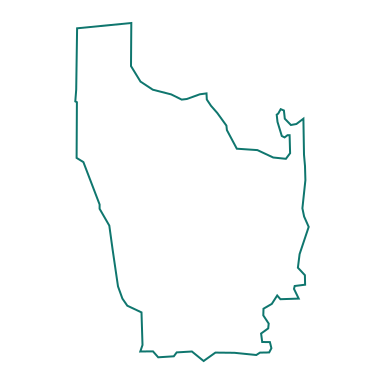 outline of Ouallam, Tillabéri, Niger
{"feature_id": "23599985B18642698649368", "entity_name": "Ouallam", "entity_type": "district", "adm_level": 2, "iso_a3": "NER", "parent_name": "Niger", "parent_adm1": "Tillabéri", "projection": "equal_earth", "projection_center": [2.332, 14.566], "detail": "fine", "context": "isolated", "style": "outline", "palette": "teal", "viewbox_px": 384, "rotation_deg": 0, "n_neighbors": 0, "source": "geoboundaries", "source_scale": "gbopen_adm2", "svg_char_len": 1161}
<svg xmlns="http://www.w3.org/2000/svg" viewBox="0 0 384 384"><path d="M76.2,89.7L75.3,101.4L76.9,102.2L76.6,157.9L83.4,162.1L99.6,204.5L99.6,208.8L109.3,225.6L112.6,249.5L118.0,286.4L122.4,298.6L127.3,305.7L141.5,312.4L142.5,345.0L140.3,351.5L149.1,351.4L153.0,351.4L158.2,357.3L173.8,356.3L176.7,352.4L191.9,351.5L203.6,361.0L215.4,352.6L234.4,352.8L256.3,355.0L260.0,352.6L262.2,352.6L263.9,352.5L266.9,352.5L269.2,352.4L271.4,348.2L269.9,342.1L262.2,342.0L261.1,333.5L268.2,328.4L268.7,323.6L263.3,315.4L263.5,308.7L271.8,303.9L277.2,295.5L280.4,299.2L298.7,298.6L294.0,288.9L294.7,286.0L305.1,284.7L304.9,275.2L297.9,267.7L299.6,254.1L308.7,226.9L304.1,216.5L302.4,208.3L305.4,180.2L305.0,166.1L304.0,154.7L303.4,118.7L296.4,124.0L290.9,125.0L284.8,118.7L283.9,110.5L280.7,109.2L278.2,113.6L276.7,114.7L277.5,121.9L281.8,136.0L284.6,137.4L287.5,135.2L289.6,135.2L290.1,153.2L285.9,158.8L273.2,157.5L257.4,150.1L236.8,148.7L226.9,130.1L226.4,125.6L217.3,113.0L211.0,105.8L206.8,99.5L206.5,93.4L199.8,94.3L186.8,99.0L181.7,99.6L171.2,94.4L152.8,89.7L140.5,81.6L131.0,66.1L131.3,23.0L77.1,28.3L76.2,89.7Z" fill="none" stroke="#0f766e" stroke-width="2"/></svg>